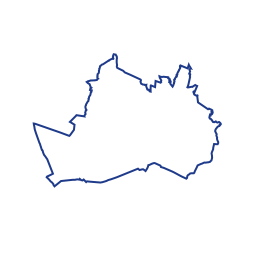 San Martín Texmelucan, Puebla, Mexico, rotated 111°
{"feature_id": "50627088B54232272598666", "entity_name": "San Martín Texmelucan", "entity_type": "district", "adm_level": 2, "iso_a3": "MEX", "parent_name": "Mexico", "parent_adm1": "Puebla", "projection": "robinson", "projection_center": [-98.448, 19.266], "detail": "fine", "context": "isolated", "style": "outline", "palette": "blue", "viewbox_px": 256, "rotation_deg": 111, "n_neighbors": 0, "source": "geoboundaries", "source_scale": "gbopen_adm2", "svg_char_len": 5574}
<svg xmlns="http://www.w3.org/2000/svg" viewBox="0 0 256 256"><g transform="rotate(111 128 128)"><path d="M203.3,185.8L204.2,183.6L205.6,181.1L206.1,179.4L207.1,177.6L207.8,177.2L208.8,175.7L201.5,171.5L196.0,160.7L195.3,158.8L194.5,157.7L193.9,156.2L193.7,155.0L192.8,154.8L193.5,153.0L193.2,152.0L193.2,151.6L192.0,150.9L193.5,147.7L192.5,147.2L191.8,144.5L188.8,134.2L187.7,132.4L186.0,130.2L185.2,129.2L183.7,127.8L181.9,125.4L177.9,120.7L162.4,104.1L163.1,102.2L161.7,100.2L161.2,99.3L161.1,98.8L161.2,98.4L161.9,96.2L159.0,95.6L156.9,95.5L155.4,95.7L154.9,94.9L153.6,93.6L153.1,93.3L152.7,92.7L152.1,92.1L151.4,91.1L151.2,90.6L151.2,89.6L151.5,84.4L151.7,84.0L152.6,83.3L152.4,80.3L152.8,70.8L153.0,68.8L154.0,61.0L154.4,55.4L153.5,55.0L152.6,55.2L151.5,55.4L150.5,55.1L149.9,54.7L149.3,54.2L148.2,53.7L147.6,52.7L146.7,50.4L146.0,50.1L144.3,50.1L140.2,49.7L138.0,49.6L135.3,46.9L134.8,46.2L132.9,44.4L132.7,43.5L132.0,42.2L131.1,40.5L130.2,39.3L129.5,39.1L128.4,38.5L126.5,38.7L125.7,38.8L123.7,39.7L121.9,40.8L120.7,41.0L117.2,40.9L116.2,41.3L112.1,41.9L111.5,39.8L111.0,38.5L109.7,38.4L108.6,38.9L107.7,39.9L106.6,40.8L106.1,41.1L105.1,41.3L103.6,42.6L103.1,42.9L102.0,43.0L100.7,44.6L99.9,45.2L99.7,45.5L98.6,45.7L97.4,45.6L95.1,44.9L94.7,44.8L93.4,43.6L92.9,43.6L93.0,43.3L91.8,42.9L91.7,43.2L90.9,42.9L90.8,43.0L90.4,43.4L90.0,44.4L89.8,44.8L89.8,45.2L90.0,45.5L90.7,46.2L90.9,46.6L90.8,47.7L90.4,48.4L91.1,49.0L91.3,49.3L91.7,49.6L91.9,50.8L91.6,51.1L91.1,52.0L90.8,52.1L90.6,52.4L90.6,52.8L90.0,53.5L89.9,54.0L89.9,54.8L89.8,55.1L89.5,55.4L89.2,55.5L89.0,55.8L88.6,55.9L87.3,56.1L86.8,55.4L86.5,55.6L86.1,56.2L85.9,56.3L85.7,56.1L85.6,55.3L85.5,55.1L85.1,54.6L84.9,54.5L84.6,54.5L84.3,54.6L83.9,55.4L83.7,55.5L83.5,55.3L83.3,54.5L82.8,54.6L82.6,54.9L82.6,55.6L82.5,56.0L82.3,56.0L82.0,55.5L81.7,55.5L81.3,55.6L81.0,56.5L81.0,57.9L80.9,59.1L81.1,59.1L81.7,59.8L81.8,60.0L79.0,71.8L74.0,74.5L73.8,74.5L73.2,74.7L72.8,74.7L72.7,74.8L72.7,75.0L73.3,75.4L73.2,76.9L73.1,77.4L73.0,78.0L72.8,78.3L72.4,78.7L71.6,78.7L71.5,78.8L71.3,78.8L71.4,79.3L71.4,79.5L71.0,79.8L70.8,79.9L70.5,79.8L70.1,79.5L70.0,79.4L69.9,78.7L64.0,78.5L63.9,80.4L63.8,80.7L66.5,82.6L66.5,83.0L68.7,86.6L68.7,87.1L66.3,87.1L58.3,88.3L58.1,88.3L57.4,88.9L55.6,89.1L55.4,89.3L55.4,90.3L52.9,90.3L52.1,91.1L50.8,91.3L49.7,91.2L49.7,90.8L49.1,91.5L47.8,93.3L47.2,93.9L49.3,93.8L51.0,93.5L50.8,101.3L50.8,101.5L51.4,101.7L51.7,101.6L52.0,101.2L52.4,101.3L52.6,101.0L52.8,101.1L53.5,100.8L54.4,100.9L55.2,101.2L55.8,101.0L56.2,101.0L56.8,101.3L57.5,101.2L57.8,101.4L58.5,101.4L58.8,101.5L59.7,101.5L60.3,101.1L60.7,101.2L61.1,101.7L61.4,101.6L61.3,101.3L61.5,101.1L62.5,100.9L62.9,101.1L63.0,101.5L65.0,101.9L65.5,101.7L65.8,102.0L66.2,102.0L66.5,102.2L66.8,102.1L67.1,101.7L67.4,101.5L67.8,101.3L68.2,101.2L68.4,101.4L69.3,101.3L69.8,101.0L70.4,101.1L71.8,101.0L72.2,101.3L72.3,101.3L72.5,101.3L72.6,101.2L72.9,101.1L73.4,101.2L71.7,104.1L71.5,104.3L70.9,104.5L70.7,104.8L70.6,105.1L70.4,106.0L70.0,106.0L69.7,105.7L69.3,104.9L68.8,105.3L68.7,105.5L68.9,105.7L69.1,106.0L69.0,106.3L68.8,106.5L67.5,106.4L67.4,106.5L67.4,107.5L67.3,107.8L67.2,108.3L67.0,108.5L66.3,108.4L66.2,108.9L66.7,110.4L67.4,113.2L68.0,114.2L68.6,116.0L68.4,116.9L68.4,117.2L68.6,117.1L69.9,116.2L70.1,115.7L71.1,114.7L71.6,114.0L72.9,113.8L73.2,113.6L73.4,113.9L74.0,113.9L74.2,119.1L80.1,117.4L80.0,121.9L80.2,122.0L84.0,120.7L85.9,119.9L86.0,121.0L84.8,122.1L84.8,122.6L85.2,123.0L85.2,123.4L85.1,123.8L83.6,125.0L82.8,125.8L82.0,126.1L81.4,126.5L81.2,126.5L81.8,127.6L81.6,127.9L82.1,129.8L82.0,130.6L81.9,131.6L80.7,132.6L80.1,133.0L79.2,132.9L78.8,133.1L77.8,133.8L78.0,133.7L78.2,134.7L77.5,144.9L77.3,149.7L77.3,150.3L77.2,151.0L76.8,151.9L76.3,153.0L76.0,156.6L75.7,159.6L74.9,160.3L74.3,160.6L73.3,160.7L70.8,162.1L68.0,163.1L66.9,163.3L66.2,163.6L65.8,163.9L65.6,163.9L64.9,164.5L64.3,165.5L63.9,165.8L64.3,167.8L66.0,167.8L66.5,167.5L67.2,167.6L68.4,166.5L68.7,166.5L68.9,166.7L68.9,167.4L70.4,169.0L71.3,169.6L71.8,169.8L72.1,170.1L72.0,170.3L73.2,171.1L77.5,174.2L78.3,175.2L79.9,175.9L80.4,176.3L81.4,176.0L82.6,175.9L82.9,176.1L83.8,175.7L84.4,175.7L85.0,175.7L85.7,175.3L86.8,175.1L87.5,175.1L88.7,175.7L89.3,175.5L89.9,175.2L90.2,175.3L90.7,174.9L91.3,175.0L91.7,174.8L92.1,174.5L92.6,173.6L93.1,174.1L93.5,174.2L93.8,174.1L94.0,174.1L94.4,174.4L95.3,175.9L96.8,179.3L97.0,179.9L97.5,180.4L97.8,180.9L98.2,181.3L98.6,182.0L99.8,183.0L100.4,181.7L100.9,179.4L101.9,178.7L102.8,177.7L103.8,177.4L103.8,176.7L104.2,176.9L104.3,177.3L106.1,177.1L105.9,175.6L106.2,175.5L106.1,175.3L107.0,175.2L107.1,175.4L107.4,175.1L107.7,175.2L107.9,175.4L108.1,175.5L109.7,175.1L110.1,175.2L111.1,175.0L112.4,175.5L113.2,175.4L113.9,175.2L114.5,175.4L114.7,175.1L114.9,175.0L115.2,175.0L115.6,174.9L116.1,175.0L116.8,174.7L117.2,174.7L117.6,175.0L118.8,175.3L119.3,175.3L119.8,175.4L121.0,175.6L121.7,175.4L121.9,175.5L123.0,175.5L123.7,175.3L125.3,174.3L125.5,174.0L125.8,173.4L126.1,173.2L127.2,173.7L127.8,173.5L128.8,173.5L129.2,173.4L130.0,172.7L130.3,172.6L131.8,173.1L132.5,173.0L132.8,172.8L132.9,173.4L134.5,180.7L135.0,180.8L143.1,184.4L143.2,183.7L144.1,179.1L149.1,177.8L155.4,179.5L156.4,180.0L156.5,189.6L157.3,214.9L157.4,216.7L157.6,217.6L158.7,217.0L160.3,215.9L161.8,215.1L162.9,214.4L166.0,211.9L171.5,207.2L172.3,206.5L173.4,205.6L174.7,204.2L175.5,203.7L177.0,202.4L178.6,201.2L179.3,200.5L179.4,200.4L179.3,200.2L179.7,199.6L181.3,198.5L183.1,196.8L184.0,195.3L186.1,192.2L197.6,181.7L199.7,183.6L202.4,186.2L203.1,186.3L203.3,185.8L203.3,185.8Z" fill="none" stroke="#1e3a8a" stroke-width="2"/></g></svg>